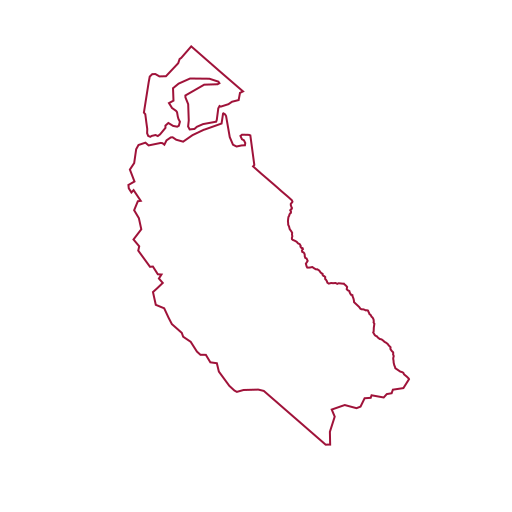 Pierce, Washington, United States of America, rotated 41°
{"feature_id": "52423323B40988222589259", "entity_name": "Pierce", "entity_type": "district", "adm_level": 2, "iso_a3": "USA", "parent_name": "United States of America", "parent_adm1": "Washington", "projection": "natural_earth1", "projection_center": [-122.103, 47.066], "detail": "fine", "context": "isolated", "style": "outline", "palette": "rose", "viewbox_px": 512, "rotation_deg": 41, "n_neighbors": 0, "source": "geoboundaries", "source_scale": "gbopen_adm2", "svg_char_len": 4153}
<svg xmlns="http://www.w3.org/2000/svg" viewBox="0 0 512 512"><g transform="rotate(41 256 256)"><path d="M98.2,243.0L94.5,249.3L95.5,254.0L103.1,265.8L104.1,273.5L115.4,279.5L113.1,286.1L115.6,288.4L120.3,289.8L120.4,286.6L132.8,290.0L130.9,292.2L134.0,301.4L142.8,304.3L151.9,311.1L152.7,323.9L161.5,325.3L163.6,329.2L183.1,333.7L185.1,331.6L193.9,334.2L196.8,332.0L197.5,336.7L203.3,337.5L202.6,345.0L201.9,350.8L212.4,358.6L221.0,355.7L230.4,359.9L237.2,362.6L250.4,362.7L254.0,364.7L263.0,363.6L274.1,366.9L278.9,367.0L283.0,363.5L291.3,366.2L296.8,362.6L303.8,367.6L321.0,371.5L327.9,371.7L330.7,371.1L334.5,365.3L345.4,355.3L350.4,352.7L432.3,352.7L435.7,349.7L427.1,340.2L420.8,325.6L413.9,322.2L420.7,310.3L431.7,304.9L433.7,301.1L431.3,292.1L435.6,287.8L434.6,285.3L445.2,279.0L445.3,274.4L448.4,270.6L447.0,267.1L453.9,259.0L452.3,248.6L451.7,248.3L449.0,248.1L445.4,248.2L443.8,247.5L442.4,247.8L440.7,248.6L438.0,248.9L434.8,249.3L433.8,248.6L432.0,247.7L429.9,246.2L428.5,244.8L427.0,243.6L426.3,242.6L425.8,241.5L425.2,240.9L424.1,240.4L423.3,239.3L422.8,238.8L422.0,238.6L421.4,238.7L420.4,238.5L418.7,238.1L418.1,237.6L417.4,236.6L416.1,236.5L414.7,236.4L413.2,236.0L411.1,236.1L409.3,236.5L408.0,236.4L405.9,236.5L404.7,236.9L403.8,237.5L402.6,237.5L401.3,237.6L400.0,237.3L399.2,237.6L398.1,237.8L397.3,237.7L395.8,237.2L394.6,236.8L394.3,235.8L393.3,234.5L392.0,232.9L390.9,231.2L389.8,229.5L388.3,229.0L387.8,228.1L386.5,226.9L385.5,226.4L384.4,226.0L383.1,226.0L381.2,225.3L379.7,225.4L378.5,224.7L377.2,224.2L376.4,223.7L375.2,224.2L374.6,225.0L373.1,225.4L371.9,225.9L370.6,227.0L369.3,227.3L367.4,226.8L365.3,226.7L362.3,226.6L360.3,226.5L358.9,225.2L357.5,224.2L355.0,222.9L354.5,222.3L353.7,222.5L353.3,222.9L351.7,222.5L350.6,222.0L349.4,221.2L347.6,221.7L346.2,221.5L345.1,219.6L343.9,219.4L342.4,219.3L341.3,219.4L340.5,219.2L339.3,220.2L337.7,221.3L336.2,222.4L335.6,223.7L333.7,224.2L332.1,225.9L330.4,227.1L329.6,228.3L329.0,229.1L327.3,229.3L326.2,228.6L324.4,228.0L323.6,228.1L322.6,227.3L322.1,226.5L320.8,226.4L320.0,226.8L318.5,226.5L318.0,225.8L315.8,226.1L313.3,225.5L311.0,225.8L310.1,226.7L308.3,227.1L305.7,227.4L304.6,228.9L303.7,229.9L302.3,231.1L301.1,230.7L298.7,229.1L298.2,225.8L295.8,224.7L294.4,225.1L292.8,224.1L292.1,223.2L290.7,222.3L289.4,222.1L288.4,222.6L287.2,221.9L286.8,220.7L286.9,220.0L285.9,219.5L285.1,220.1L283.4,219.8L283.0,219.0L281.2,218.4L279.4,218.9L277.4,218.6L275.8,218.9L274.1,219.4L273.4,219.7L272.1,219.7L271.2,218.8L270.5,217.3L269.0,216.1L268.1,214.8L266.4,214.2L263.8,213.6L261.5,212.0L259.8,211.3L258.7,210.1L257.3,208.8L256.0,207.0L254.9,205.3L254.6,203.8L254.0,202.7L253.8,201.5L254.0,200.5L253.2,199.5L252.4,199.2L251.8,199.0L251.7,198.1L252.1,197.5L251.7,196.2L250.8,195.9L248.9,194.8L248.1,193.9L248.0,192.5L248.1,191.7L247.8,191.0L246.4,190.4L240.7,190.3L232.0,190.4L227.0,190.3L224.2,190.3L223.4,190.3L205.8,190.4L196.0,190.3L195.0,190.3L195.0,188.4L172.6,168.7L171.2,169.2L165.9,173.6L165.5,175.6L168.8,177.1L171.0,176.6L173.8,177.8L175.0,179.7L172.6,182.0L169.5,186.1L167.3,186.7L165.6,187.1L158.2,183.5L141.6,170.0L139.7,169.4L137.8,169.7L137.7,170.1L143.1,178.6L140.3,183.6L134.2,194.4L133.8,194.9L128.8,206.4L126.0,217.5L119.5,220.6L115.2,221.1L113.9,222.4L112.6,227.4L113.8,232.1L111.4,232.2L109.9,233.2L102.4,243.0L98.2,243.0ZM69.1,157.4L70.8,161.5L70.1,179.4L65.3,183.8L60.7,184.7L58.4,186.8L58.1,190.3L60.9,195.1L77.3,221.3L79.4,221.6L83.0,224.8L85.0,226.6L90.6,231.5L93.3,234.8L95.9,236.1L98.0,235.4L98.5,233.8L100.8,230.6L103.2,229.9L103.8,227.2L103.6,218.7L102.1,217.0L102.6,213.1L108.1,212.2L111.7,210.1L112.3,208.3L110.5,204.6L107.5,203.4L105.4,202.0L102.1,199.3L100.6,198.9L95.4,199.4L94.3,199.0L90.0,197.7L91.8,192.9L83.3,183.8L84.5,176.7L89.8,165.3L104.5,152.8L113.2,149.1L115.0,149.6L114.3,151.6L104.5,160.7L97.4,181.2L98.7,182.6L105.2,185.9L116.3,197.8L119.8,202.8L122.9,204.0L126.2,200.5L126.6,197.3L129.5,191.2L137.8,180.8L137.1,179.0L131.4,170.4L130.7,169.4L130.1,166.7L131.4,166.4L135.6,159.5L136.7,155.3L140.6,149.7L136.9,143.4L138.2,140.3L106.5,140.4L69.6,140.3L69.6,155.6L69.1,157.4Z" fill="none" stroke="#9f1239" stroke-width="2"/></g></svg>